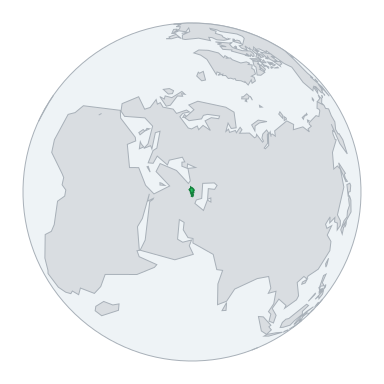 Armenia highlighted on a globe, orthographic projection, rotated 38°
{"feature_id": "ARM", "entity_name": "Armenia", "entity_type": "country or territory", "adm_level": 0, "iso_a3": "ARM", "parent_name": "Asia", "parent_adm1": "", "projection": "orthographic", "projection_center": [45.222, 40.08], "detail": "fine", "context": "on_globe", "style": "filled", "palette": "green", "viewbox_px": 384, "rotation_deg": 38, "n_neighbors": 0, "source": "natural_earth", "source_scale": "50m", "svg_char_len": 11637}
<svg xmlns="http://www.w3.org/2000/svg" viewBox="0 0 384 384"><g transform="rotate(38 192 192)"><circle cx="192" cy="192" r="169" fill="#eef3f6" stroke="#a8b0b8"/><path d="M170.6,24.4L174.9,23.9L178.4,23.6L190.9,24.8L209.6,27.3L217.2,27.6L214.2,28.3L229.9,29.1L241.2,32.0L227.3,29.2L225.0,29.3L232.1,31.3L231.3,31.9L234.3,33.4L232.7,34.1L224.7,32.8L223.5,33.4L228.6,34.8L230.3,36.8L223.0,34.5L225.0,37.8L212.1,37.2L193.8,32.2L185.5,34.0L163.6,35.0L164.5,36.2L156.7,37.9L154.8,40.0L151.3,39.9L152.8,41.7L156.3,41.4L158.2,42.1L157.4,43.5L152.8,43.5L152.5,42.9L150.7,43.6L148.8,43.1L149.3,44.1L143.8,44.3L148.0,46.2L142.6,48.1L139.2,47.7L141.3,45.0L138.6,38.8L135.9,38.3L130.0,39.9L115.4,48.1L111.7,48.9L105.4,52.0L106.7,52.5L112.0,50.4L112.8,52.6L119.2,50.1L120.5,50.8L126.4,49.8L123.7,52.9L117.8,56.8L112.7,58.0L110.0,59.8L113.3,61.4L102.5,66.7L92.8,76.0L90.2,77.3L87.8,74.3L91.5,67.0L88.4,64.7L88.5,69.5L82.0,73.3L80.1,75.5L79.4,77.4L81.1,77.3L78.5,79.5L77.4,75.2L79.7,73.1L80.1,74.4L81.8,71.2L81.0,69.0L77.7,71.5L80.0,66.9L77.7,68.7L76.9,69.0L80.4,66.2L74.1,71.3L75.0,70.1L83.9,62.1L93.4,54.8L103.3,48.2L113.8,42.2L124.6,37.1L135.7,32.7L147.1,29.1L158.8,26.3L170.6,24.4ZM23.3,201.0L23.8,207.6L26.1,222.3L27.5,230.2L27.6,230.9L24.8,216.1L23.3,201.0ZM176.7,23.7L180.1,23.5L175.1,23.9L172.8,24.1L176.7,23.7ZM189.3,23.5L186.8,23.6L185.5,23.3L187.4,23.3L189.3,23.5ZM222.9,28.0L219.0,27.2L223.1,27.8L222.9,28.0ZM235.0,33.5L236.4,33.6L237.3,34.3L235.0,33.5ZM127.5,48.1L127.0,48.9L126.1,48.7L127.5,48.1ZM130.6,47.0L130.1,46.2L131.5,45.6L131.8,46.1L130.6,47.0ZM235.8,36.2L236.9,37.6L234.4,35.9L235.8,36.2ZM131.0,48.2L134.0,44.6L136.4,43.6L139.7,44.8L131.0,48.2ZM236.6,38.3L239.4,42.1L242.7,42.4L235.1,43.8L235.2,39.9L231.6,37.7L235.0,38.7L236.6,38.3ZM157.8,40.7L154.0,41.1L157.9,39.6L157.8,40.7ZM159.9,39.6L169.4,34.6L174.6,35.0L170.4,36.4L177.8,36.2L175.7,38.7L171.2,39.5L168.2,38.7L169.7,40.3L159.9,39.6ZM230.4,44.2L229.9,45.1L228.9,43.9L230.4,44.2ZM159.2,42.3L160.7,41.2L165.3,41.3L163.3,43.7L162.4,42.9L159.2,42.3ZM180.8,35.0L183.9,35.7L183.1,37.9L184.2,38.5L176.1,38.9L180.8,35.0ZM161.0,43.5L162.1,45.0L159.2,46.2L158.1,43.5L161.0,43.5ZM167.4,40.4L169.5,40.7L167.7,41.3L167.4,40.4ZM149.5,51.7L151.1,50.1L153.6,49.9L149.5,51.7ZM162.8,45.4L163.8,45.0L165.0,44.9L165.1,46.1L162.8,45.4ZM176.1,40.5L175.1,41.4L179.4,40.5L178.9,42.3L173.6,42.3L175.7,43.1L175.6,43.7L171.4,43.0L176.1,40.5ZM168.9,46.9L162.0,47.9L158.4,50.8L156.0,50.9L162.2,46.2L168.9,46.9ZM170.7,44.6L169.0,46.0L166.9,45.3L166.8,44.0L170.7,44.6ZM180.5,43.7L182.5,40.8L183.6,41.0L180.5,43.7ZM168.2,47.9L169.9,47.6L168.2,48.2L168.2,47.9ZM177.2,45.0L177.8,44.0L179.0,44.1L177.2,45.0ZM172.8,48.2L170.6,48.4L170.4,47.4L172.8,48.2ZM175.1,46.8L176.7,47.4L171.6,46.9L175.2,46.3L175.1,46.8ZM178.2,45.4L179.2,45.1L177.8,45.8L178.2,45.4ZM174.7,52.0L168.4,51.7L168.0,49.5L174.2,50.0L174.7,52.0ZM51.4,235.5L46.6,207.1L51.0,201.4L53.3,190.9L85.2,171.8L90.3,177.7L113.6,183.8L116.2,186.4L111.7,194.3L127.7,211.2L135.0,205.6L151.3,215.3L163.2,216.9L170.7,201.0L151.1,198.0L149.4,189.2L166.5,184.6L183.9,187.5L183.8,184.3L174.3,175.9L179.8,170.5L171.2,172.6L173.6,176.3L168.2,177.9L165.7,174.7L167.8,172.7L163.0,170.5L154.5,180.9L156.0,185.8L142.5,185.1L143.7,193.3L139.5,196.0L135.8,183.2L137.3,179.1L129.4,163.8L126.6,167.8L133.9,182.8L130.9,181.0L127.2,187.3L127.7,181.1L120.4,164.3L109.2,162.6L92.3,173.9L86.3,172.0L82.5,165.4L91.3,149.8L103.7,155.9L107.0,151.1L106.8,141.2L110.6,144.1L112.0,141.1L116.9,143.0L126.1,138.3L131.4,139.6L137.2,130.8L140.7,130.5L136.3,135.7L136.1,140.2L149.6,143.9L152.8,142.6L155.5,136.7L158.9,138.8L159.7,132.7L168.6,132.2L158.5,127.9L161.4,121.6L167.9,117.8L167.0,115.1L156.4,121.3L153.8,124.6L154.5,128.5L145.8,137.6L140.7,137.9L142.9,126.0L135.9,125.4L140.7,116.9L166.4,104.4L176.0,103.2L187.3,114.2L183.8,117.8L178.0,115.5L181.4,123.4L182.1,120.0L184.9,121.9L188.3,116.8L190.5,118.0L190.1,111.4L193.1,112.2L193.3,116.4L201.0,110.2L207.9,110.8L208.6,109.0L207.4,106.8L216.9,109.3L217.0,107.9L213.9,106.4L212.1,102.7L212.6,97.2L215.9,98.3L216.1,100.5L221.6,107.0L221.8,112.9L223.2,112.8L223.8,108.1L217.1,100.0L216.5,96.4L220.2,99.7L218.8,98.2L219.5,96.9L223.3,96.7L219.5,92.9L222.9,77.6L230.5,76.2L233.5,80.5L239.3,72.4L247.5,72.4L244.6,70.9L245.5,66.6L242.9,66.5L241.6,65.5L242.7,55.5L245.5,54.4L242.7,49.3L241.2,48.6L239.0,49.1L235.1,43.8L242.7,42.4L245.7,43.9L248.5,42.4L254.8,46.1L261.4,48.8L266.7,54.3L271.4,56.3L271.9,55.5L278.7,58.0L290.9,66.4L278.6,62.8L260.0,52.8L267.4,56.9L265.0,57.1L267.2,59.4L272.5,62.5L273.5,62.1L278.3,74.3L289.6,86.6L290.5,82.0L294.9,82.7L308.6,94.6L320.7,120.5L326.6,123.3L329.5,127.2L329.8,132.6L325.7,127.0L322.7,127.8L320.3,124.1L319.5,131.5L316.1,126.6L317.1,135.2L320.7,137.6L322.8,132.6L325.1,142.7L331.9,145.4L336.7,153.3L339.0,175.1L335.2,186.7L335.8,189.8L332.2,189.6L330.6,198.5L339.9,208.2L340.7,212.6L336.6,226.6L335.9,223.5L326.4,222.9L326.9,234.4L334.2,237.4L336.8,245.1L332.2,246.3L329.3,239.7L325.9,239.2L325.2,229.7L319.3,218.5L314.5,224.9L313.3,219.2L304.4,211.4L296.7,220.1L285.4,242.2L286.5,256.8L281.5,265.1L269.0,248.5L264.4,234.9L259.3,237.9L247.1,228.1L224.1,231.6L221.4,228.0L216.9,230.4L208.4,227.2L204.5,220.8L199.0,221.5L209.7,238.1L215.6,237.3L221.2,230.1L223.0,236.1L231.4,240.3L220.2,256.0L187.0,269.8L184.7,258.7L164.6,225.6L165.8,221.9L165.7,221.5L165.5,220.7L162.7,226.5L159.5,219.7L169.2,243.4L170.4,252.9L186.5,270.5L184.8,272.1L190.2,275.5L209.0,270.9L208.8,274.5L199.4,290.9L174.3,310.4L178.3,322.7L177.5,332.0L163.2,336.4L165.9,342.7L158.7,343.7L159.1,346.7L154.2,348.7L145.3,349.3L128.8,344.9L126.7,342.4L116.8,334.7L102.5,315.9L105.4,309.6L103.5,302.5L91.7,282.0L94.2,273.6L91.3,268.1L85.2,266.3L82.0,259.6L78.5,257.6L57.1,247.2L51.4,235.5ZM72.4,185.8L71.1,188.8L72.4,185.8ZM201.3,199.2L212.4,199.5L209.1,188.9L213.1,188.3L210.5,185.1L208.8,188.2L202.8,179.3L208.2,176.0L207.7,171.4L204.0,171.1L195.1,178.6L203.6,191.1L200.3,195.6L201.3,199.2ZM82.1,73.5L82.1,73.9L80.8,76.1L80.4,75.6L82.1,73.5ZM81.5,83.9L77.2,87.2L79.9,84.3L78.5,83.9L82.4,77.6L89.1,77.6L85.4,78.6L81.5,83.9ZM89.5,69.8L86.2,73.4L89.5,69.5L89.5,69.8ZM115.1,123.5L116.0,126.5L113.0,129.4L106.2,128.8L110.5,124.4L115.1,123.5ZM118.0,130.1L122.1,119.0L126.4,119.3L123.3,121.0L125.7,122.3L121.4,125.3L121.5,136.9L118.9,140.2L107.9,136.6L112.9,135.8L111.7,132.8L118.0,130.1ZM124.8,93.8L126.6,90.0L133.7,95.4L131.2,98.4L124.3,97.7L123.2,93.7L124.8,93.8ZM136.1,51.5L136.4,50.3L137.6,50.2L138.5,51.1L136.1,51.5ZM150.0,50.9L136.4,56.6L136.0,55.5L128.5,60.6L124.5,59.8L129.5,56.4L120.8,59.8L123.7,56.5L118.0,59.3L129.5,51.8L131.7,49.3L130.7,52.4L134.3,53.1L136.6,52.7L144.6,49.7L151.2,44.9L155.8,45.2L157.3,46.7L156.5,47.9L153.7,47.3L154.5,49.3L149.9,49.3L150.0,50.9ZM172.4,69.3L169.6,67.2L170.4,73.1L165.8,72.4L166.2,73.1L162.1,74.2L157.9,76.9L156.1,76.1L155.2,77.5L152.5,78.4L150.7,80.2L146.8,79.5L144.2,81.6L143.8,80.1L140.5,84.1L141.2,80.9L137.8,82.0L138.9,84.5L122.1,78.3L114.5,78.8L107.8,81.3L109.9,75.9L117.5,70.4L127.3,66.1L134.3,66.6L134.0,64.3L137.3,63.9L136.2,65.9L139.8,62.7L142.2,63.0L151.0,60.3L154.7,56.0L158.0,55.1L157.8,56.9L161.2,54.8L163.0,57.8L165.4,57.3L169.4,59.9L167.5,64.2L170.3,63.3L173.6,65.5L172.4,69.3ZM175.7,52.8L174.4,57.6L171.3,59.7L165.5,54.2L163.1,54.3L159.3,51.3L163.9,48.4L164.6,49.5L166.3,49.9L164.2,50.6L167.2,50.4L168.2,51.9L170.8,52.2L169.7,53.6L175.7,52.8ZM120.3,184.2L122.5,185.4L126.2,186.2L123.9,190.4L120.3,184.2ZM115.1,172.8L117.3,173.0L115.8,178.9L113.5,177.9L115.1,172.8ZM119.7,168.3L117.5,172.6L117.3,169.6L119.7,168.3ZM138.4,135.6L140.9,135.6L140.7,137.1L138.8,138.9L138.4,135.6ZM173.8,88.0L172.7,86.1L173.8,85.6L174.7,80.9L178.2,81.2L179.0,84.2L173.8,88.0ZM166.6,203.5L162.5,206.2L161.0,204.4L162.7,203.8L166.6,203.5ZM141.7,198.7L146.8,202.1L141.0,199.8L141.7,198.7ZM177.8,87.6L177.8,85.6L179.6,87.1L177.8,87.6ZM180.8,81.3L183.1,82.5L178.7,80.7L180.8,81.3ZM206.9,330.5L197.0,345.1L188.8,345.2L186.6,341.3L189.8,332.6L199.1,329.8L203.4,325.1L206.9,330.5ZM352.0,243.5L353.1,241.1L353.0,241.8L352.0,243.5ZM350.8,244.5L352.5,241.4L350.3,246.4L350.8,244.5ZM353.1,240.2L354.7,235.6L355.4,233.2L355.1,234.7L353.1,240.2ZM349.6,246.8L341.2,258.3L337.5,261.2L338.8,258.0L344.8,251.3L349.6,246.8ZM338.4,258.3L332.2,258.8L321.0,249.2L325.1,246.5L336.2,248.4L335.6,250.9L339.4,251.8L338.4,258.3ZM352.0,230.2L351.3,236.5L347.1,242.5L344.9,244.5L343.5,239.2L344.3,234.4L346.2,232.1L351.4,209.9L353.7,209.7L352.5,218.1L354.2,220.4L352.0,230.2ZM287.3,257.8L291.7,264.4L288.7,267.0L287.3,257.8ZM352.0,197.0L350.9,206.5L351.5,195.4L352.0,197.0ZM351.4,187.6L352.3,190.3L350.8,189.1L351.4,187.6ZM337.2,194.0L335.3,197.1L334.5,195.1L336.5,189.9L337.2,194.0ZM340.4,160.1L343.1,166.3L343.7,168.8L341.5,166.3L340.4,160.1ZM207.7,90.3L202.5,96.2L201.1,101.2L203.9,105.1L197.7,102.4L199.9,94.6L207.7,90.3ZM220.7,78.9L218.2,75.9L220.7,75.8L221.6,76.5L220.7,78.9ZM218.1,78.1L212.4,77.2L211.9,74.7L216.5,75.9L218.1,78.1ZM195.0,81.9L193.2,83.5L191.8,82.2L195.0,81.9ZM336.4,279.7L337.3,278.2L339.7,274.0L336.4,279.7ZM354.8,236.8L356.9,228.3L357.6,225.6L354.8,236.8ZM360.5,204.9L360.5,204.5L360.7,201.2L360.5,204.9ZM360.8,200.1L360.4,203.0L360.9,196.1L360.9,196.6L360.8,200.1ZM359.0,214.6L358.8,216.3L358.5,216.6L359.0,214.6ZM359.5,211.8L360.1,209.0L359.3,213.5L359.5,211.8ZM355.2,219.7L355.7,222.0L357.3,215.8L356.1,222.1L356.7,225.2L356.1,228.3L355.6,224.7L354.6,232.1L353.8,233.7L353.8,229.1L354.9,220.5L355.7,216.0L358.4,207.6L355.2,219.7ZM359.6,207.5L359.4,204.5L359.5,200.9L359.8,201.8L359.6,207.5ZM357.7,197.9L356.0,196.1L355.1,200.6L356.1,188.3L357.7,192.1L357.7,197.9ZM355.1,189.8L354.4,194.0L354.6,187.4L355.1,189.8ZM353.8,193.0L352.9,189.9L353.8,188.4L353.8,193.0ZM355.6,188.6L354.4,182.4L355.6,184.7L355.6,188.6ZM350.5,183.2L353.8,184.5L350.8,187.6L347.1,176.8L348.2,174.2L350.5,183.2ZM334.1,125.7L331.9,123.2L331.8,120.3L333.4,122.8L334.1,125.7ZM329.6,109.8L331.1,118.8L331.9,126.6L333.2,126.4L336.3,132.7L332.5,130.2L329.5,121.1L329.5,116.2L326.3,111.4L324.4,105.8L319.9,101.2L318.1,97.8L322.1,100.5L329.6,109.8ZM318.0,99.5L309.5,90.8L310.9,87.9L313.1,89.2L316.4,94.3L315.4,95.5L318.0,99.5ZM307.9,87.9L306.9,89.1L292.3,81.0L289.6,78.7L301.4,82.8L301.1,84.2L304.4,86.8L307.9,87.9ZM231.7,45.4L230.0,45.1L231.4,44.7L231.7,45.4ZM240.2,65.6L238.6,64.2L240.3,63.7L240.2,65.6ZM235.2,60.2L234.5,61.8L233.9,59.6L235.2,60.2ZM233.0,65.5L233.5,62.2L235.0,66.1L233.0,65.5Z" fill="#d9dde1" stroke="#a8b0b8" stroke-width="1"/><path d="M191.0,193.1L190.9,193.0L190.5,192.6L190.1,192.2L189.9,192.1L189.6,192.1L189.3,192.2L189.1,192.1L188.8,192.0L188.5,191.8L188.6,191.7L188.4,191.2L188.3,190.9L188.5,190.5L188.6,190.3L188.7,190.1L188.6,189.9L188.5,189.5L188.4,189.3L188.2,189.2L188.0,188.9L188.5,188.9L188.8,188.9L189.1,188.8L189.5,188.7L189.8,188.6L190.3,188.7L190.5,188.7L191.2,188.7L191.5,188.5L191.5,188.4L191.6,188.6L191.8,188.8L191.7,189.0L192.1,189.3L192.3,189.3L192.5,189.4L192.7,189.6L192.8,189.7L192.8,189.8L192.4,190.2L192.3,190.4L192.5,190.7L192.8,191.0L193.2,191.3L193.7,191.5L193.6,191.9L193.5,192.1L193.4,192.2L192.9,192.2L192.8,192.3L193.0,192.4L193.3,192.6L193.5,192.8L193.8,193.1L194.0,193.2L194.2,193.4L194.5,193.3L194.9,193.5L194.9,193.8L194.6,193.9L194.6,194.0L194.8,194.1L194.9,194.3L195.1,194.5L194.9,194.6L194.7,194.6L194.9,194.8L194.9,195.0L194.9,195.4L194.5,195.4L194.2,195.6L194.0,195.3L193.9,195.1L193.7,194.7L193.6,194.3L193.3,194.1L193.2,194.1L193.3,194.0L193.3,193.7L193.2,193.5L192.9,193.6L192.5,193.7L192.3,193.6L192.2,193.5L192.1,193.4L191.9,193.5L191.8,193.2L191.7,193.0L191.6,192.9L191.2,193.1L191.0,193.1ZM191.6,189.2L191.4,189.1L191.5,189.2L191.6,189.2ZM192.7,190.4L192.7,190.5L192.6,190.4L192.8,190.3L192.7,190.4Z" fill="#22c55e" stroke="#15803d" stroke-width="1.5"/></g></svg>